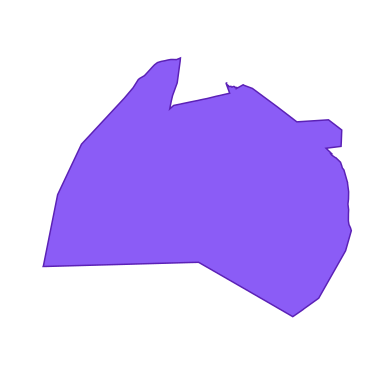 Huitzilac, Morelos, Mexico, rotated 174°
{"feature_id": "50627088B84118509654372", "entity_name": "Huitzilac", "entity_type": "district", "adm_level": 2, "iso_a3": "MEX", "parent_name": "Mexico", "parent_adm1": "Morelos", "projection": "albers", "projection_center": [-99.258, 19.057], "detail": "fine", "context": "isolated", "style": "filled", "palette": "violet", "viewbox_px": 384, "rotation_deg": 174, "n_neighbors": 0, "source": "geoboundaries", "source_scale": "gbopen_adm2", "svg_char_len": 1543}
<svg xmlns="http://www.w3.org/2000/svg" viewBox="0 0 384 384"><g transform="rotate(174 192 192)"><path d="M76.7,73.7L45.4,117.5L37.6,136.9L38.1,139.7L39.3,143.2L39.5,146.9L38.7,153.9L38.1,157.9L38.2,163.6L37.1,168.6L36.2,175.9L36.4,184.6L36.3,184.9L38.6,198.0L40.0,200.3L40.3,202.2L41.2,206.1L45.3,211.0L45.7,211.1L46.9,212.1L47.8,212.9L49.2,214.1L50.0,215.5L49.1,215.5L54.1,221.5L39.0,221.8L38.2,226.8L36.6,238.0L48.7,249.5L80.4,250.8L98.3,267.8L121.1,288.7L129.0,292.6L129.9,293.3L136.6,290.4L136.5,290.6L136.5,291.1L136.8,291.1L137.0,291.2L137.2,291.4L137.6,291.0L137.8,291.0L138.1,291.2L138.2,291.3L138.4,291.6L138.4,291.9L138.5,292.0L139.0,292.5L139.8,292.6L141.2,292.2L141.8,292.4L142.1,292.7L142.2,293.0L144.4,293.0L144.7,294.1L145.2,294.2L145.8,294.2L145.8,295.1L145.9,295.3L146.3,295.9L146.4,296.1L146.5,296.2L146.6,296.4L146.5,296.6L146.4,296.8L146.5,296.8L146.6,296.7L146.7,296.3L144.2,286.3L156.0,284.9L157.8,284.7L167.1,283.4L171.4,283.0L174.3,282.7L176.7,282.4L179.1,282.2L183.3,281.8L201.2,280.0L205.5,276.9L203.1,284.6L201.2,290.0L195.3,302.1L190.1,323.4L189.5,326.5L191.4,325.9L193.6,325.3L196.6,325.7L199.2,326.0L202.1,325.8L205.1,325.4L209.0,325.1L212.9,324.3L216.0,322.4L218.5,320.3L224.9,314.6L225.7,313.9L227.0,312.8L227.3,312.6L232.2,310.4L233.7,309.4L236.6,305.7L239.7,301.8L249.5,292.4L296.9,251.1L325.9,203.4L347.4,134.4L347.8,133.5L345.9,133.3L275.1,127.8L202.5,122.2L192.8,121.4L142.2,84.7L104.8,57.5L98.7,60.8L93.7,63.6L92.8,64.2L77.0,73.2L76.7,73.7Z" fill="#8b5cf6" stroke="#5b21b6" stroke-width="1.5"/></g></svg>